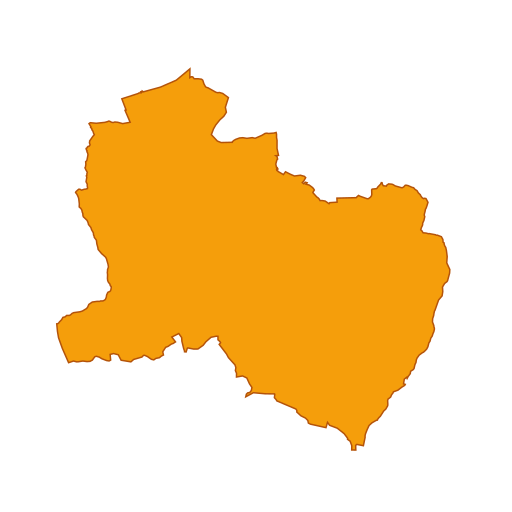 Pietrari, Dâmbovita, Romania (Albers equal-area conic projection), rotated 193°
{"feature_id": "2599482B3924685478065", "entity_name": "Pietrari", "entity_type": "district", "adm_level": 2, "iso_a3": "ROU", "parent_name": "Romania", "parent_adm1": "Dâmbovita", "projection": "albers", "projection_center": [25.294, 45.097], "detail": "fine", "context": "isolated", "style": "filled", "palette": "amber", "viewbox_px": 512, "rotation_deg": 193, "n_neighbors": 0, "source": "geoboundaries", "source_scale": "gbopen_adm2", "svg_char_len": 6082}
<svg xmlns="http://www.w3.org/2000/svg" viewBox="0 0 512 512"><g transform="rotate(193 256 256)"><path d="M414.6,109.9L410.2,112.6L407.1,112.5L405.5,112.9L401.1,114.7L396.9,115.1L394.0,116.0L392.0,117.8L390.4,121.6L388.9,122.4L386.0,122.2L383.1,121.2L377.9,120.5L375.5,120.7L374.2,121.9L376.0,127.3L372.8,128.9L368.0,128.8L364.0,124.1L354.1,124.7L351.9,127.7L344.4,131.9L343.3,133.8L342.2,134.2L339.1,133.6L334.7,131.8L332.2,131.8L330.5,133.7L327.2,135.2L325.7,137.2L323.9,138.7L325.3,141.7L323.5,146.7L321.3,148.2L318.6,151.2L317.1,152.1L315.1,154.2L319.8,158.1L313.8,163.1L310.1,159.8L309.0,156.2L305.7,149.6L304.3,147.4L304.1,146.6L302.5,146.8L302.2,150.6L301.8,151.1L295.9,151.3L291.7,152.3L287.4,157.1L285.5,161.2L281.5,166.7L276.7,168.9L275.0,169.2L274.2,165.8L271.9,164.5L271.0,163.5L272.0,161.6L262.7,153.9L260.0,150.8L252.0,145.2L250.5,142.7L250.3,139.7L248.6,137.4L247.8,133.7L242.1,136.1L237.5,135.1L233.6,130.0L230.4,127.0L230.3,123.9L231.4,121.6L233.3,120.8L234.3,119.2L234.3,116.5L227.8,122.2L216.2,123.8L206.9,125.8L206.6,125.4L206.2,122.1L204.1,120.6L203.1,119.5L182.8,115.9L181.5,114.8L181.1,113.1L176.3,110.4L171.3,109.2L168.5,107.4L167.4,105.0L165.1,104.4L149.2,104.5L148.9,110.0L146.2,107.6L138.1,106.5L130.1,102.7L125.7,99.0L125.6,98.0L122.6,96.7L120.0,92.7L119.1,88.5L115.1,89.4L116.3,93.9L115.4,95.1L108.7,95.3L108.9,103.8L109.3,105.4L109.3,107.4L108.6,112.1L107.7,116.3L105.4,119.6L102.0,122.8L100.8,123.4L100.8,124.1L99.9,126.1L98.8,127.8L96.7,133.7L95.1,136.0L94.0,139.7L94.2,141.2L95.2,144.7L95.2,146.2L93.1,148.8L92.6,151.6L91.9,152.8L91.5,154.6L87.5,157.2L84.6,160.8L82.0,163.4L81.7,164.5L83.5,164.6L83.8,169.4L81.8,171.8L81.2,170.8L80.6,172.9L79.2,176.1L79.4,177.9L79.3,178.6L77.3,180.6L76.9,181.4L76.7,182.0L76.7,186.0L76.2,188.2L76.4,191.0L76.1,192.8L74.7,196.2L72.1,199.2L71.1,200.0L70.2,201.3L68.8,203.6L68.1,206.2L68.0,210.3L67.3,212.0L67.2,215.3L66.3,217.6L66.1,220.3L65.7,222.2L65.7,224.8L66.0,225.9L66.6,226.8L67.2,228.4L69.2,231.4L69.8,234.7L69.5,237.8L69.7,240.3L69.7,242.6L69.4,243.4L68.2,254.2L65.7,259.0L66.0,263.3L67.3,267.7L66.2,271.2L65.8,272.0L64.2,273.9L63.8,275.0L63.5,282.9L64.1,286.4L68.6,292.2L69.6,298.5L71.7,304.2L73.1,307.1L74.2,308.1L75.3,309.8L75.7,311.1L76.8,311.5L77.6,314.1L79.7,316.5L84.0,317.1L85.0,316.8L85.9,317.1L92.3,316.8L93.0,316.5L95.5,316.6L98.4,316.2L100.2,318.0L101.4,318.6L101.2,321.1L100.7,323.2L100.7,324.2L101.0,325.6L100.4,328.3L100.4,332.3L101.1,333.3L101.4,334.5L101.3,337.2L101.4,339.7L101.0,340.9L100.7,343.8L100.5,347.0L103.3,350.2L104.7,350.2L105.6,349.6L107.3,350.2L109.3,352.0L109.6,352.6L112.0,354.0L113.8,355.9L116.1,356.7L117.8,358.0L119.4,358.0L123.5,358.8L125.4,358.8L126.5,358.5L127.7,356.4L128.9,355.4L129.8,355.3L136.1,355.6L138.9,356.5L140.1,356.5L143.0,356.1L144.6,354.3L144.7,353.4L147.8,353.1L149.0,354.4L149.7,355.8L150.4,355.7L150.8,354.0L152.8,350.7L153.4,349.1L153.8,348.7L157.9,347.3L158.2,346.5L157.0,341.9L157.1,340.4L157.8,338.9L159.4,337.1L160.6,336.8L168.4,337.7L169.7,338.1L170.9,336.5L171.4,335.4L190.2,330.6L189.1,326.7L196.1,324.6L196.6,323.4L201.0,325.1L204.1,324.9L206.1,324.4L207.2,325.7L208.7,326.7L210.1,327.2L214.5,330.3L214.9,330.8L214.0,333.4L214.8,334.3L216.2,335.4L220.1,337.1L223.4,337.2L222.7,338.9L224.6,339.0L225.6,337.1L227.4,337.9L226.3,340.0L225.2,343.5L226.7,344.5L230.9,344.7L236.5,342.6L240.9,343.4L246.2,344.7L247.6,341.5L253.4,343.3L253.6,343.6L255.0,344.1L255.1,344.8L254.2,345.7L254.5,346.0L255.4,345.6L255.3,346.9L255.9,346.8L257.4,350.0L257.3,354.2L256.7,355.4L257.2,356.0L257.6,357.2L258.2,357.8L259.2,358.2L256.7,359.1L259.7,365.5L261.5,373.4L262.6,376.0L263.4,379.3L264.2,380.9L266.2,379.8L271.3,378.2L273.1,378.1L274.7,377.5L277.4,374.9L283.3,370.5L286.3,370.5L291.3,368.6L295.5,368.3L298.6,367.3L302.0,365.1L303.6,363.6L305.0,361.6L304.9,361.4L315.5,358.7L319.5,359.3L326.8,364.2L326.0,370.3L324.7,374.6L321.8,380.6L318.8,384.9L317.2,389.4L319.3,394.0L318.5,404.1L325.0,406.9L328.4,407.1L330.0,406.5L331.8,406.5L340.6,409.1L342.3,409.2L343.3,409.6L345.5,412.1L347.4,415.3L348.8,416.0L352.1,415.7L356.1,414.8L357.9,416.3L359.4,416.1L360.6,414.9L362.5,423.5L373.2,409.4L387.2,399.0L402.7,390.6L403.9,391.1L403.8,390.5L404.3,390.6L405.2,390.1L404.5,389.4L404.6,389.1L405.1,389.1L406.8,388.5L407.4,387.8L422.1,379.0L415.4,369.0L416.4,368.5L408.7,358.0L415.7,355.0L420.8,355.2L423.7,354.8L425.2,353.9L426.7,353.8L429.0,354.4L429.9,354.3L430.8,353.6L433.4,352.2L441.5,349.4L447.5,348.6L448.5,347.4L446.0,344.9L446.2,344.3L445.9,343.9L444.9,343.4L444.1,341.9L443.0,341.0L441.6,338.6L440.9,338.1L441.1,337.2L441.8,336.1L444.0,330.6L443.8,330.0L443.8,329.0L443.3,327.9L442.8,327.5L442.7,326.8L443.3,325.4L444.3,325.0L444.8,324.2L444.7,323.7L445.6,322.8L445.7,322.2L445.2,321.6L445.0,321.1L444.3,320.6L444.2,319.5L443.5,318.9L442.5,316.9L442.3,312.0L442.4,310.7L443.2,309.6L442.4,307.0L442.2,304.0L442.5,303.4L441.9,302.8L441.5,302.1L439.2,299.6L439.3,297.8L438.9,296.7L439.4,295.9L438.6,294.8L438.3,290.1L436.6,288.1L436.2,286.2L435.5,284.7L435.4,283.8L436.9,282.9L438.4,282.4L440.8,280.9L442.4,281.4L443.6,281.3L444.3,280.5L445.9,278.2L446.1,277.3L444.3,275.8L442.5,273.5L441.6,271.9L439.9,267.1L439.3,264.0L437.3,262.9L436.0,261.5L435.2,259.7L434.3,258.4L433.8,256.7L433.1,255.4L428.6,252.7L427.1,250.7L426.3,249.0L423.3,246.6L422.2,244.7L419.7,242.0L419.0,239.9L418.4,239.3L417.7,237.7L415.2,235.6L414.9,235.0L413.8,232.0L411.7,228.1L411.6,227.4L411.1,226.7L407.0,223.6L402.4,221.1L401.2,219.8L398.3,214.6L397.3,212.1L397.6,209.1L397.3,208.1L397.2,206.6L396.4,204.3L395.7,200.7L395.0,198.7L393.9,197.2L392.0,195.7L391.3,194.3L390.2,193.6L389.9,192.4L389.8,190.5L390.0,189.3L390.5,188.5L392.0,187.5L392.3,186.8L392.8,184.3L392.6,182.1L393.0,179.9L393.5,179.1L394.6,178.1L395.6,177.6L397.2,177.3L398.2,176.6L400.8,176.0L405.2,174.3L408.0,171.2L408.5,168.4L409.3,166.7L412.8,163.3L415.1,162.0L420.9,159.8L422.3,158.7L423.5,156.9L424.5,156.1L427.1,155.5L428.4,153.7L430.3,152.8L431.1,150.2L432.9,147.2L433.1,146.4L433.9,145.5L434.9,145.1L432.5,137.9L430.0,131.9L423.9,122.4L414.6,109.9Z" fill="#f59e0b" stroke="#b45309" stroke-width="1.5"/></g></svg>